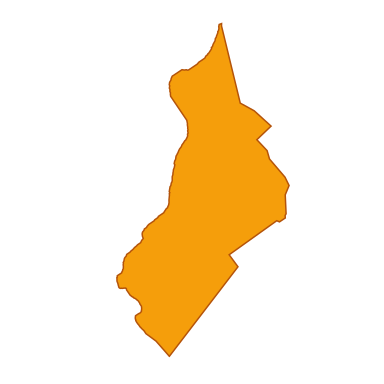 the district of San Pablo, Heredia, Costa Rica, rotated 146°
{"feature_id": "36466004B49814687345557", "entity_name": "San Pablo", "entity_type": "district", "adm_level": 2, "iso_a3": "CRI", "parent_name": "Costa Rica", "parent_adm1": "Heredia", "projection": "orthographic", "projection_center": [-84.088, 9.992], "detail": "fine", "context": "isolated", "style": "filled", "palette": "amber", "viewbox_px": 384, "rotation_deg": 146, "n_neighbors": 0, "source": "geoboundaries", "source_scale": "gbopen_adm2", "svg_char_len": 2907}
<svg xmlns="http://www.w3.org/2000/svg" viewBox="0 0 384 384"><g transform="rotate(146 192 192)"><path d="M303.1,68.3L195.7,104.3L196.3,119.2L137.8,120.8L136.2,118.3L129.2,118.3L127.9,120.5L126.2,121.3L116.3,137.5L107.9,143.1L106.6,152.3L109.3,176.0L106.6,184.3L109.0,199.1L89.6,202.4L95.0,224.5L102.3,238.7L74.7,313.1L73.3,315.1L75.8,315.7L76.6,314.9L77.5,314.0L78.0,312.8L79.8,311.0L81.0,310.5L81.5,309.6L84.6,307.5L85.5,306.6L86.7,306.3L88.3,304.5L91.8,302.7L93.8,301.1L95.1,301.0L95.7,299.8L100.4,297.8L101.6,297.7L102.3,297.1L103.7,297.1L104.9,296.8L106.0,296.0L107.2,295.8L113.8,295.8L116.1,295.1L126.6,295.1L127.7,295.6L128.3,296.5L130.2,297.4L131.9,299.0L143.6,299.1L145.7,297.8L147.0,296.5L149.2,295.5L150.9,293.6L151.1,292.5L152.7,290.8L152.9,289.5L154.2,287.5L154.4,286.2L155.2,285.3L156.2,283.3L156.2,254.4L157.6,251.1L158.3,250.3L159.3,248.1L160.1,247.0L160.5,245.8L161.4,245.2L162.3,243.0L163.4,242.5L163.9,241.4L164.9,240.4L168.1,238.6L169.4,238.5L171.8,237.4L174.1,236.6L174.8,236.0L175.9,235.4L178.3,234.6L180.5,233.3L181.5,232.5L182.7,232.0L183.4,231.4L184.6,231.0L185.6,230.2L186.9,228.7L187.9,227.9L189.0,227.4L191.0,225.4L191.0,224.2L193.0,222.2L195.0,220.8L196.3,219.2L197.2,218.4L197.9,217.3L199.9,215.7L202.0,212.5L203.0,211.6L204.2,211.0L206.0,209.1L207.2,208.7L210.7,205.0L210.8,203.8L211.8,203.3L212.3,202.2L215.6,198.2L217.0,196.0L218.7,194.3L220.5,193.2L221.2,192.6L222.5,192.6L225.9,191.2L227.0,190.6L233.5,190.6L234.6,189.9L238.5,189.8L239.6,189.3L246.1,189.3L248.5,188.6L249.6,188.0L252.2,188.0L253.2,187.1L255.5,186.4L256.8,185.1L257.9,182.9L258.4,180.7L260.8,180.0L262.9,178.7L266.8,178.7L268.1,178.3L270.7,178.1L273.2,177.4L275.8,177.2L277.1,176.8L281.0,176.8L282.7,175.5L283.9,175.3L285.1,174.8L287.3,172.6L288.4,172.1L288.9,171.0L289.8,170.1L290.3,169.0L291.8,166.9L292.9,166.3L293.8,165.4L294.9,164.9L295.6,164.3L300.6,164.4L300.9,164.3L301.6,163.1L302.1,163.1L302.3,162.8L303.0,161.6L303.7,160.6L304.0,160.1L304.3,159.2L304.3,158.7L304.5,158.2L304.6,157.6L305.0,156.7L305.1,156.1L305.4,155.7L305.6,154.7L305.9,154.3L305.9,153.2L305.5,152.4L304.8,151.8L304.3,151.7L303.7,151.1L303.2,150.8L302.2,150.4L301.8,150.1L300.9,149.6L300.8,149.2L300.5,148.9L300.5,148.4L301.0,147.5L301.0,147.0L301.0,141.0L300.8,140.7L300.6,139.8L300.1,138.4L299.7,138.0L299.7,137.5L299.5,137.0L299.4,136.5L298.8,135.8L298.1,134.0L298.1,133.4L297.8,133.0L297.7,132.5L297.5,132.0L297.5,129.3L297.8,128.3L297.8,125.6L298.3,124.7L298.5,124.2L299.1,123.3L299.7,122.5L300.1,122.3L300.3,121.8L300.6,121.4L302.1,120.8L303.7,120.8L304.1,121.0L307.3,121.0L307.9,121.0L308.3,120.8L308.5,120.3L308.8,120.1L309.4,119.4L309.9,118.5L309.9,118.0L310.2,117.7L310.2,117.2L310.5,116.9L310.5,116.4L310.7,115.9L310.7,112.7L310.5,112.2L310.5,109.0L310.3,108.6L310.2,108.2L310.2,107.1L309.4,104.1L309.4,100.3L305.2,88.5L302.7,68.9L303.0,68.3L303.1,68.3Z" fill="#f59e0b" stroke="#b45309" stroke-width="1.5"/></g></svg>